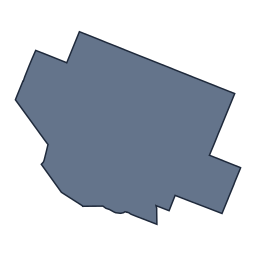 the district of Mount Gambier, South Australia, Australia
{"feature_id": "25037944B55090185866802", "entity_name": "Mount Gambier", "entity_type": "district", "adm_level": 2, "iso_a3": "AUS", "parent_name": "Australia", "parent_adm1": "South Australia", "projection": "natural_earth1", "projection_center": [140.781, -37.825], "detail": "fine", "context": "isolated", "style": "filled", "palette": "slate", "viewbox_px": 256, "rotation_deg": 0, "n_neighbors": 0, "source": "geoboundaries", "source_scale": "gbopen_adm2", "svg_char_len": 1207}
<svg xmlns="http://www.w3.org/2000/svg" viewBox="0 0 256 256"><path d="M41.3,164.3L47.4,172.8L61.4,192.3L82.3,205.7L82.6,206.3L89.9,206.2L102.9,206.1L105.9,208.3L109.5,209.5L113.8,211.9L115.6,212.7L120.6,213.3L123.5,212.7L123.8,212.5L125.0,211.7L126.9,212.3L127.0,212.1L128.9,212.8L130.3,213.8L131.0,214.2L136.7,216.5L156.9,224.3L156.7,212.0L156.7,208.3L156.0,205.6L156.9,206.0L160.6,207.4L169.1,210.7L172.9,201.0L175.0,195.7L175.1,195.4L192.6,202.2L205.5,207.1L222.0,213.5L228.1,198.6L228.5,197.5L234.1,183.9L234.2,183.5L234.4,182.9L240.5,168.1L240.6,167.7L209.8,155.4L209.4,155.3L211.3,150.7L213.9,144.5L215.7,140.1L218.2,133.8L221.8,125.2L221.9,124.9L222.0,124.6L228.6,108.5L234.7,93.6L218.0,87.0L203.5,81.2L195.6,78.1L174.8,69.8L172.6,68.9L172.2,68.7L155.3,62.0L150.8,60.2L148.3,59.2L140.4,56.1L124.9,49.9L110.5,44.1L107.1,42.8L103.0,41.1L79.4,31.7L66.9,62.4L66.8,62.5L66.7,62.8L66.4,62.6L51.2,56.5L35.7,50.4L32.2,58.4L31.2,60.8L29.2,65.6L24.7,76.9L23.3,81.1L23.0,81.0L16.6,96.7L15.4,99.8L27.7,116.7L28.1,117.2L35.4,127.3L38.6,131.7L40.3,134.1L43.0,137.7L43.2,138.1L47.3,143.6L48.0,144.4L47.7,145.7L46.2,152.0L44.1,160.3L43.3,162.2L41.3,164.3Z" fill="#64748b" stroke="#1e293b" stroke-width="1.5"/></svg>